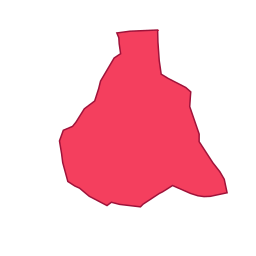 Galshir, Hentiy, Mongolia, rotated 71°
{"feature_id": "93677404B72547167231090", "entity_name": "Galshir", "entity_type": "district", "adm_level": 2, "iso_a3": "MNG", "parent_name": "Mongolia", "parent_adm1": "Hentiy", "projection": "robinson", "projection_center": [110.788, 46.508], "detail": "fine", "context": "isolated", "style": "filled", "palette": "rose", "viewbox_px": 256, "rotation_deg": 71, "n_neighbors": 0, "source": "geoboundaries", "source_scale": "gbopen_adm2", "svg_char_len": 722}
<svg xmlns="http://www.w3.org/2000/svg" viewBox="0 0 256 256"><g transform="rotate(71 128 128)"><path d="M159.0,202.3L165.5,197.2L169.1,193.4L179.9,186.9L194.5,173.1L192.8,167.9L197.5,160.8L206.6,141.9L204.9,138.5L200.1,119.8L199.6,116.1L196.9,104.6L210.2,90.2L214.8,84.0L217.6,78.5L219.4,72.5L221.5,55.4L207.8,53.7L199.2,55.4L188.5,59.1L164.1,65.2L156.9,62.7L127.9,62.7L118.4,58.7L114.3,56.9L108.5,60.2L94.1,74.0L87.9,79.1L74.3,76.5L56.4,71.7L45.0,68.1L37.1,94.7L34.5,107.6L39.7,107.3L45.5,108.9L55.4,110.8L55.6,111.8L57.3,118.3L74.7,138.7L81.2,142.9L91.6,150.7L95.6,163.0L105.6,175.4L108.4,179.9L109.1,189.9L117.9,197.0L130.9,199.2L139.5,201.0L159.0,202.3Z" fill="#f43f5e" stroke="#9f1239" stroke-width="1.5"/></g></svg>